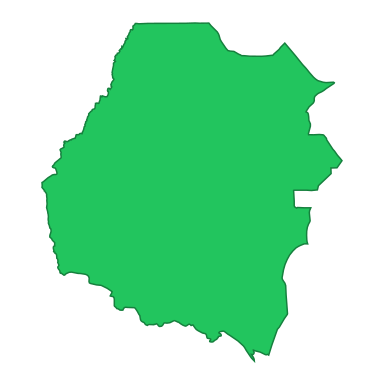 Puok, Siemréab, Cambodia (orthographic projection)
{"feature_id": "14789045B68660120235745", "entity_name": "Puok", "entity_type": "district", "adm_level": 2, "iso_a3": "KHM", "parent_name": "Cambodia", "parent_adm1": "Siemréab", "projection": "orthographic", "projection_center": [103.615, 13.442], "detail": "fine", "context": "isolated", "style": "filled", "palette": "green", "viewbox_px": 384, "rotation_deg": 0, "n_neighbors": 0, "source": "geoboundaries", "source_scale": "gbopen_adm2", "svg_char_len": 5840}
<svg xmlns="http://www.w3.org/2000/svg" viewBox="0 0 384 384"><path d="M244.6,347.5L246.2,350.3L250.5,356.7L251.6,358.2L254.3,361.0L254.1,359.1L253.4,357.4L251.4,354.4L252.7,354.6L253.5,354.1L253.8,353.6L254.0,353.1L254.1,352.3L253.4,350.7L253.4,350.1L255.4,350.9L260.2,352.1L265.3,354.6L266.2,354.8L267.6,354.4L268.7,355.1L271.9,344.9L277.4,329.3L279.4,327.0L284.3,318.7L287.3,314.4L287.5,313.7L286.1,294.9L285.7,285.6L284.9,283.2L282.8,280.1L282.2,278.7L282.1,277.7L283.5,269.8L285.0,264.5L287.2,259.4L289.7,254.9L293.0,250.8L296.1,247.8L298.4,246.4L300.2,245.5L303.6,244.1L304.8,243.8L307.7,243.9L307.1,242.0L306.8,239.8L306.6,235.4L306.7,231.1L307.4,227.1L308.5,224.2L309.9,221.6L310.1,220.6L309.3,212.7L309.6,210.7L310.8,207.8L304.0,207.8L297.6,207.5L296.6,208.1L294.6,206.8L294.2,205.7L294.2,201.1L293.6,190.4L294.4,190.2L295.8,190.2L306.6,190.2L311.5,190.5L317.4,189.9L318.4,185.7L331.1,173.6L330.9,168.0L337.0,167.8L342.0,160.7L340.2,158.4L337.4,155.2L334.6,151.2L332.9,149.3L327.1,140.5L326.7,139.9L326.4,138.3L323.8,135.2L323.0,134.8L319.2,134.5L313.6,134.8L308.6,134.7L308.4,133.7L310.4,126.2L310.4,123.9L308.9,120.4L308.7,116.8L308.3,114.1L307.9,113.1L307.5,112.6L306.0,111.9L306.4,111.0L309.1,106.8L313.1,103.2L313.9,101.9L314.3,100.5L314.2,98.6L314.7,96.6L315.5,95.7L317.5,93.9L318.8,93.1L321.6,91.8L323.9,90.4L326.3,88.5L334.0,83.4L334.3,82.7L333.5,82.2L326.1,82.6L323.0,82.2L317.8,80.6L315.5,79.0L313.5,77.2L309.7,72.9L306.0,68.3L302.5,64.5L295.5,55.8L284.8,43.1L280.5,47.4L279.1,49.4L273.9,54.0L272.7,55.4L271.7,55.3L266.1,56.0L261.6,56.3L249.8,56.2L244.1,55.7L241.7,55.7L240.4,54.9L238.7,54.2L233.9,51.4L230.2,51.1L227.8,50.5L225.8,48.1L221.5,41.8L220.2,39.5L219.2,35.9L218.6,34.2L217.3,32.0L211.0,25.7L208.9,23.1L199.5,23.2L195.2,23.0L185.0,23.3L148.3,23.4L138.9,23.8L136.9,23.5L135.3,23.5L134.7,24.7L132.9,26.2L133.2,27.4L132.9,27.8L133.0,29.1L132.5,29.9L131.5,29.6L130.6,29.8L130.2,30.6L130.3,31.4L129.2,33.1L128.6,35.0L127.4,36.6L127.3,37.1L127.8,38.0L127.6,38.9L125.9,38.6L126.2,39.9L125.9,40.4L125.2,41.0L124.9,42.1L125.1,42.6L123.9,44.4L122.7,47.1L121.9,46.4L121.7,47.4L121.9,48.2L121.5,49.0L120.8,48.8L119.3,50.5L119.9,51.1L119.1,52.6L118.7,53.0L117.3,53.3L117.0,54.7L115.7,55.3L115.6,55.8L115.2,56.2L114.9,56.9L115.3,57.5L115.2,58.4L114.8,59.2L114.8,59.9L114.1,60.4L115.4,61.4L113.5,63.2L113.5,65.5L112.8,68.7L112.1,72.6L112.5,73.6L112.1,74.4L112.4,75.1L112.4,75.9L112.7,76.6L112.7,77.9L113.6,78.5L113.9,79.4L112.6,81.3L112.1,81.8L110.9,84.6L111.3,85.2L111.0,86.0L111.8,86.9L111.3,87.7L110.2,89.4L109.0,88.2L108.0,88.5L107.7,89.2L107.5,90.7L107.8,91.4L108.3,91.5L108.4,93.3L108.1,94.7L107.0,96.7L105.2,96.8L102.4,95.9L101.9,96.8L101.0,96.0L100.5,96.0L100.2,97.2L100.4,97.6L100.1,98.6L100.0,100.3L99.6,100.9L98.8,103.3L98.3,103.4L97.0,103.0L95.5,103.4L95.6,103.8L95.2,105.7L95.1,107.7L94.6,108.8L92.6,109.4L92.2,109.7L92.1,110.6L90.8,111.5L88.7,113.8L88.7,115.4L87.5,117.1L87.4,118.1L86.7,119.8L86.9,120.5L86.6,121.0L86.2,121.2L85.6,122.0L85.6,123.5L84.9,124.2L85.0,126.1L84.2,126.8L83.7,129.3L83.0,131.1L82.9,131.6L82.2,132.4L82.3,132.9L82.1,133.7L80.2,133.4L79.7,133.7L78.9,134.6L76.3,134.7L76.0,135.1L75.8,136.3L75.1,138.3L74.5,138.3L71.8,139.2L71.5,139.8L71.0,139.7L69.4,140.3L69.1,140.7L68.4,140.9L68.1,141.4L67.2,141.7L64.9,141.0L64.4,141.3L63.9,142.1L64.6,142.4L64.9,143.1L64.1,143.8L63.7,145.4L64.1,147.1L62.3,148.3L61.2,148.7L60.5,149.2L60.1,149.8L61.1,152.5L60.8,154.0L61.2,157.2L61.0,157.9L55.3,162.6L54.8,163.1L53.7,165.1L52.8,165.8L52.4,166.6L52.7,167.3L53.8,167.8L55.1,168.0L55.8,169.0L56.7,171.7L57.0,173.2L56.9,173.9L56.5,174.3L55.8,174.5L54.2,174.5L52.2,175.0L51.6,175.5L48.1,177.7L43.1,181.9L42.0,182.5L42.2,185.5L42.0,187.5L44.2,190.1L44.3,190.9L44.8,191.0L45.5,192.3L45.9,192.6L46.7,194.5L46.6,195.8L47.0,198.9L46.8,200.1L47.1,204.0L46.6,207.6L47.7,211.7L47.9,213.3L48.2,214.4L48.4,216.7L48.2,218.7L48.2,220.1L48.5,221.2L48.4,223.3L49.3,225.5L49.9,228.1L50.7,228.7L51.0,229.9L51.1,231.1L50.8,232.5L49.9,235.2L49.8,237.0L51.6,238.7L52.4,240.3L54.7,242.6L54.6,245.4L54.8,245.9L53.6,246.4L53.3,247.4L53.4,248.9L53.9,250.4L53.6,251.6L53.9,251.9L54.8,252.1L55.0,253.3L55.7,253.6L56.3,254.2L56.6,255.2L56.8,258.3L57.7,259.2L58.0,261.3L57.7,262.3L58.9,265.1L58.5,266.1L58.0,266.6L57.8,267.6L58.2,268.6L59.5,270.3L60.0,271.6L60.0,272.5L60.4,273.2L61.0,273.0L64.0,275.2L64.9,274.9L65.5,274.1L67.1,273.2L69.2,272.3L71.4,272.1L78.0,273.4L80.5,273.5L85.5,274.3L87.4,275.2L88.4,276.2L89.2,277.9L89.0,281.5L89.4,282.9L90.6,283.5L96.6,284.9L100.8,285.3L101.5,285.5L107.2,288.3L112.0,291.6L111.8,292.8L110.2,295.9L110.9,296.2L113.1,296.6L114.0,297.7L114.3,299.4L114.3,305.8L114.7,306.4L115.7,307.2L117.0,308.7L118.1,308.8L120.0,310.1L122.3,310.2L123.0,310.0L123.1,309.5L124.0,308.0L124.9,307.4L126.0,307.2L126.8,307.4L134.5,307.7L135.0,308.1L135.9,309.2L137.3,311.3L139.0,314.5L139.8,315.5L140.5,319.6L141.1,320.8L142.5,321.9L143.6,322.3L144.1,322.6L145.5,324.6L146.0,324.8L147.3,325.4L147.8,325.0L149.0,324.5L153.7,324.7L154.1,324.3L154.5,324.5L155.0,324.4L156.5,323.7L157.8,324.8L158.4,325.7L159.0,326.2L159.7,326.5L160.2,326.4L161.5,326.2L162.1,325.8L162.9,324.9L163.9,323.2L164.6,322.9L167.0,323.1L169.9,322.7L173.9,320.7L174.9,320.7L177.9,322.1L178.6,322.2L180.7,323.8L183.0,325.2L185.3,326.1L186.3,325.9L188.7,324.3L189.4,324.2L190.1,324.5L191.1,325.5L192.9,324.9L195.3,328.3L196.3,329.5L198.3,330.8L202.5,333.0L205.5,333.7L206.3,334.7L207.0,337.6L207.3,338.1L207.7,338.3L209.8,338.7L210.7,339.2L210.6,339.8L210.2,340.5L209.7,340.9L209.7,341.5L210.1,341.8L211.6,342.0L212.9,341.9L215.4,339.9L216.5,339.4L217.1,338.8L217.6,337.9L218.1,337.6L218.4,336.6L219.1,336.3L220.8,336.0L221.2,335.7L221.1,334.6L220.6,333.9L219.0,333.1L218.9,332.5L219.9,331.7L223.0,331.1L223.7,331.2L224.4,331.5L228.3,334.5L229.3,335.0L237.9,340.9L243.3,345.8L244.6,347.5Z" fill="#22c55e" stroke="#15803d" stroke-width="1.5"/></svg>